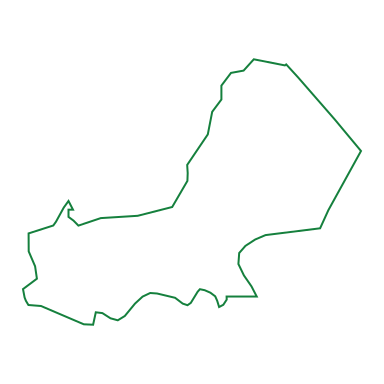 outline of Swansea
{"feature_id": "GBR-2119", "entity_name": "Swansea", "entity_type": "Unitary Authority (wales)", "adm_level": 1, "iso_a3": "GBR", "parent_name": "United Kingdom", "parent_adm1": "", "projection": "albers", "projection_center": [-4.095, 51.653], "detail": "fine", "context": "isolated", "style": "outline", "palette": "green", "viewbox_px": 384, "rotation_deg": 0, "n_neighbors": 0, "source": "natural_earth", "source_scale": "10m", "svg_char_len": 974}
<svg xmlns="http://www.w3.org/2000/svg" viewBox="0 0 384 384"><path d="M320.1,228.3L265.5,235.1L255.2,239.5L245.5,245.8L239.2,253.0L238.4,264.0L243.9,275.4L251.5,286.4L256.7,296.5L226.6,296.5L226.7,299.6L223.3,304.8L219.1,307.0L217.2,300.8L215.2,296.3L210.4,292.7L204.7,290.2L199.9,289.2L197.6,291.8L190.8,302.9L187.5,305.2L182.7,303.6L175.1,297.8L157.1,293.5L150.2,293.0L142.6,296.6L135.0,303.6L124.8,316.0L117.8,320.3L110.5,318.3L102.4,313.1L95.8,312.3L93.1,324.7L83.8,324.3L41.0,306.0L28.4,305.0L25.9,300.8L24.6,297.5L23.0,289.1L36.9,278.7L35.1,266.3L28.7,251.4L28.6,233.4L53.3,225.5L56.0,221.7L63.8,207.5L68.5,201.0L73.0,209.7L68.5,209.7L68.5,216.9L73.5,220.6L78.4,225.6L100.8,218.1L137.7,215.8L172.2,207.0L187.4,180.9L187.7,173.1L187.3,166.9L187.2,164.9L207.8,134.4L212.2,111.8L221.4,99.5L221.4,85.6L231.0,72.9L243.6,70.6L253.8,59.3L284.9,65.4L286.2,64.4L298.0,77.3L334.7,119.4L361.0,151.0L328.4,210.1L320.1,228.3Z" fill="none" stroke="#15803d" stroke-width="2"/></svg>